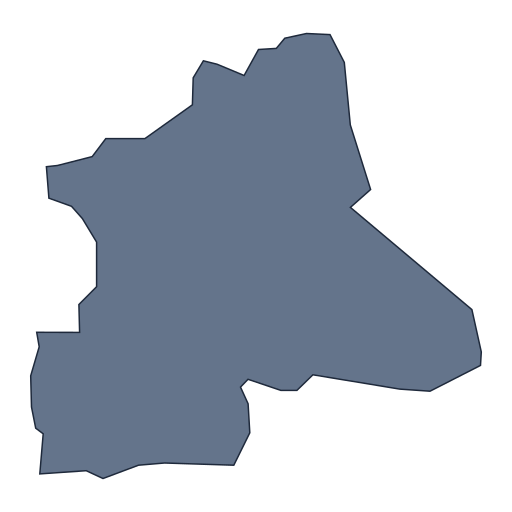 Elbasan, Elbasan, Albania
{"feature_id": "67620474B34590160208903", "entity_name": "Elbasan", "entity_type": "district", "adm_level": 2, "iso_a3": "ALB", "parent_name": "Albania", "parent_adm1": "Elbasan", "projection": "albers", "projection_center": [20.009, 41.064], "detail": "fine", "context": "isolated", "style": "filled", "palette": "slate", "viewbox_px": 512, "rotation_deg": 0, "n_neighbors": 0, "source": "geoboundaries", "source_scale": "gbopen_adm2", "svg_char_len": 715}
<svg xmlns="http://www.w3.org/2000/svg" viewBox="0 0 512 512"><path d="M48.9,198.2L71.5,206.3L82.4,218.6L96.6,242.1L96.6,286.7L78.9,304.5L79.6,332.4L36.7,332.3L39.2,346.8L30.7,375.8L31.5,407.0L35.7,428.2L43.2,433.8L39.8,473.9L86.2,470.7L103.0,478.5L138.5,465.2L164.6,463.0L233.8,465.2L249.8,432.8L248.1,403.8L240.5,387.1L248.0,379.3L280.9,390.4L296.9,390.4L312.9,374.8L399.7,389.1L430.0,391.2L480.5,365.4L481.3,352.0L471.9,309.6L350.4,207.4L370.6,189.5L350.3,124.9L344.3,62.4L330.0,34.6L306.5,33.5L284.8,38.2L276.3,48.4L258.5,49.5L244.1,75.5L217.0,64.2L203.4,60.8L193.2,77.8L192.4,104.8L144.9,138.6L105.8,138.6L92.2,156.6L57.4,165.5L46.4,166.7L48.9,198.2Z" fill="#64748b" stroke="#1e293b" stroke-width="1.5"/></svg>